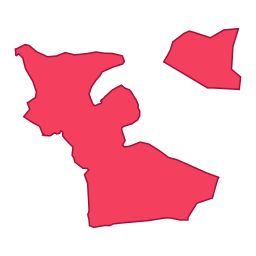 Al Misrakh, Ta`izz, Yemen (orthographic projection)
{"feature_id": "15242507B98966668539827", "entity_name": "Al Misrakh", "entity_type": "district", "adm_level": 2, "iso_a3": "YEM", "parent_name": "Yemen", "parent_adm1": "Ta`izz", "projection": "orthographic", "projection_center": [44.032, 13.47], "detail": "fine", "context": "isolated", "style": "filled", "palette": "rose", "viewbox_px": 256, "rotation_deg": 0, "n_neighbors": 0, "source": "geoboundaries", "source_scale": "gbopen_adm2", "svg_char_len": 3088}
<svg xmlns="http://www.w3.org/2000/svg" viewBox="0 0 256 256"><path d="M23.7,116.7L33.3,123.0L34.2,123.4L39.0,126.0L39.7,126.5L43.0,134.7L42.7,135.0L43.4,135.2L44.0,134.4L44.2,134.6L44.1,135.5L49.9,135.8L51.5,135.1L53.2,133.8L54.4,132.9L56.8,133.9L59.6,133.3L60.7,131.0L62.7,132.0L62.7,132.6L62.7,133.8L62.7,134.6L62.7,135.3L62.7,135.9L64.9,138.7L69.4,143.6L73.0,147.1L72.1,155.2L73.9,158.0L74.8,161.9L82.7,168.2L87.3,168.5L88.7,169.9L84.5,174.6L85.4,177.3L87.2,182.3L87.6,183.3L88.0,189.8L88.1,191.8L88.5,199.0L88.5,199.6L88.6,200.7L89.0,208.6L89.0,209.9L89.0,211.2L87.8,214.5L89.0,219.7L89.0,219.9L89.2,222.1L89.5,225.6L92.0,226.6L92.4,226.8L93.8,227.3L95.6,227.0L95.9,227.0L99.7,226.3L101.6,226.0L104.5,225.5L109.7,225.6L112.9,224.0L114.2,223.8L121.9,222.9L122.4,222.9L123.2,222.8L126.6,222.5L131.0,222.1L134.3,221.8L138.0,221.5L139.4,221.4L139.5,221.4L147.5,220.6L147.9,220.6L157.2,219.2L164.1,218.1L165.7,217.9L165.8,217.9L166.0,217.9L167.8,217.9L170.4,217.9L174.5,218.8L175.2,218.9L175.4,219.0L177.6,219.4L180.0,220.0L180.4,220.0L184.9,220.0L187.9,220.0L187.9,217.6L189.9,214.4L191.5,211.8L196.9,203.2L206.4,200.0L212.4,198.0L214.9,188.8L217.5,179.7L218.8,177.4L211.7,174.8L210.5,174.4L209.6,174.0L207.7,173.3L207.3,173.2L205.7,172.5L192.8,166.8L189.7,165.4L185.1,163.3L176.8,159.7L168.5,157.5L165.1,154.9L159.3,150.6L157.9,149.7L152.6,146.4L148.9,144.1L147.5,143.8L145.3,143.3L144.6,143.1L140.1,142.1L133.2,144.9L131.2,145.6L130.2,146.0L129.6,146.2L124.5,146.9L122.5,145.2L125.1,140.5L123.6,135.8L123.1,134.3L121.6,129.5L121.7,129.0L121.9,127.9L123.5,126.4L124.9,126.0L131.5,123.9L132.2,123.7L132.5,123.4L133.0,123.0L135.7,121.2L137.5,120.0L138.1,118.9L139.0,117.2L139.7,116.0L139.7,111.1L139.3,110.2L138.2,108.1L138.0,107.7L137.9,107.7L138.2,105.8L138.3,105.1L137.2,102.4L136.0,99.5L135.7,98.9L134.7,97.9L131.3,91.9L129.3,89.8L124.5,87.9L121.4,85.1L115.7,88.1L111.9,90.3L106.5,95.4L105.3,96.3L104.3,97.5L104.2,97.6L104.0,97.9L100.8,100.4L100.6,101.1L100.9,101.4L101.4,100.9L101.8,101.5L101.4,103.4L97.7,104.3L96.9,105.0L94.5,105.7L92.8,103.8L90.9,99.2L90.6,98.6L90.5,98.3L90.2,97.5L90.2,97.3L89.0,93.6L89.3,93.3L91.4,86.8L92.7,85.0L95.9,80.3L97.1,78.9L99.8,76.0L102.1,71.9L111.8,67.6L113.1,67.0L122.4,64.1L123.3,62.9L124.3,61.5L124.3,61.3L123.9,60.1L122.3,55.9L120.0,55.3L113.0,53.6L112.2,53.4L104.1,53.2L96.1,52.0L89.6,53.2L87.6,53.5L82.1,54.1L74.7,54.9L65.2,52.6L56.4,56.0L50.6,56.5L47.4,56.8L47.3,56.7L43.5,54.9L37.5,52.2L37.0,52.0L34.2,49.7L29.1,45.5L28.3,45.3L25.3,44.6L24.7,44.8L23.2,45.5L16.6,48.8L15.4,49.0L15.8,55.2L16.5,55.6L18.7,53.9L22.7,57.8L25.5,68.7L27.3,71.9L28.1,73.2L30.5,77.3L30.7,77.7L32.2,80.2L32.6,81.0L32.9,81.5L33.0,81.7L33.1,81.9L33.7,83.9L34.3,85.4L35.8,90.2L36.5,92.2L36.4,92.4L36.1,93.9L36.1,94.3L35.9,94.8L35.4,97.6L33.0,99.1L30.3,100.9L28.2,102.4L27.3,102.7L29.7,109.3L23.7,116.7ZM239.3,89.4L240.6,77.0L231.5,69.3L232.5,53.9L232.8,46.8L238.4,28.7L223.9,29.9L210.4,37.8L193.8,32.3L189.1,31.1L184.0,33.4L172.9,41.8L170.4,49.8L168.1,54.4L163.7,61.8L202.2,84.7L207.5,87.9L213.0,87.9L239.3,89.4Z" fill="#f43f5e" stroke="#9f1239" stroke-width="1.5"/></svg>